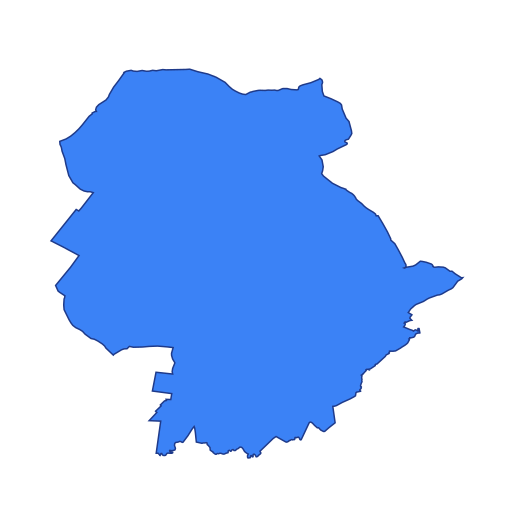 outline of Marghita, Bihor, Romania, rotated 353°
{"feature_id": "2599482B95989289587236", "entity_name": "Marghita", "entity_type": "district", "adm_level": 2, "iso_a3": "ROU", "parent_name": "Romania", "parent_adm1": "Bihor", "projection": "natural_earth1", "projection_center": [22.362, 47.382], "detail": "fine", "context": "isolated", "style": "filled", "palette": "blue", "viewbox_px": 512, "rotation_deg": 353, "n_neighbors": 0, "source": "geoboundaries", "source_scale": "gbopen_adm2", "svg_char_len": 6046}
<svg xmlns="http://www.w3.org/2000/svg" viewBox="0 0 512 512"><g transform="rotate(353 256 256)"><path d="M263.9,444.5L265.9,443.9L266.1,443.5L266.5,443.2L267.4,443.2L268.7,442.6L269.3,442.6L270.0,443.0L270.9,442.8L271.8,442.9L272.4,442.1L272.3,441.5L272.7,440.9L273.5,441.0L274.3,441.3L274.8,441.0L276.1,441.0L277.0,442.3L277.2,443.5L278.0,444.0L278.5,443.8L288.4,428.1L289.1,427.6L290.0,427.5L290.6,427.8L291.7,428.8L293.5,431.3L295.9,434.0L297.2,434.1L299.0,436.6L301.3,438.2L302.0,438.5L302.9,438.4L307.6,435.2L314.2,431.2L313.9,414.6L315.7,414.6L317.5,414.3L323.9,411.8L332.0,409.3L336.3,407.6L337.7,406.9L338.5,404.0L339.2,403.4L343.3,403.0L343.3,402.6L342.7,402.2L342.7,401.6L342.9,401.2L343.6,400.8L344.2,400.2L344.2,399.5L344.6,399.0L344.6,398.7L344.1,398.3L343.9,397.8L344.0,397.3L345.0,395.1L345.9,393.7L345.8,392.3L346.2,391.2L346.0,390.4L346.2,388.8L346.6,387.9L346.0,387.1L347.3,386.5L347.7,386.0L348.0,386.1L349.3,384.8L351.1,383.4L351.5,382.8L351.2,382.5L351.2,382.4L351.8,382.3L351.9,382.0L352.8,382.0L354.1,382.6L353.9,382.1L355.7,382.0L361.0,379.3L361.0,378.5L361.4,378.1L363.0,377.9L372.1,371.4L373.2,370.0L376.2,369.0L376.0,368.4L376.8,367.6L376.9,366.7L380.3,367.2L383.0,367.2L388.0,365.1L389.9,364.1L393.0,362.7L395.0,361.5L396.0,360.7L398.0,357.9L397.6,357.0L398.5,356.7L398.6,355.9L400.2,356.1L402.6,355.8L403.6,355.2L404.9,353.0L406.1,352.5L407.4,352.2L408.8,352.4L409.3,352.3L409.0,347.9L408.1,347.7L407.7,348.2L407.8,349.8L407.6,350.2L405.7,348.9L405.0,348.7L403.2,349.7L401.9,348.7L399.7,347.7L393.9,344.4L395.2,343.1L395.9,341.7L395.8,341.3L395.5,340.9L394.9,340.6L396.0,339.6L396.9,340.1L400.4,339.0L401.5,338.8L402.8,338.8L401.1,336.5L401.5,335.5L403.6,333.4L400.2,330.7L403.1,327.4L407.3,324.5L409.0,323.6L416.7,321.5L420.9,319.5L422.9,318.8L431.2,316.9L433.5,316.9L435.9,316.3L442.9,313.3L445.8,312.4L447.6,311.4L453.1,305.6L457.4,303.7L458.5,302.7L457.3,302.7L451.6,298.0L448.7,295.0L446.7,294.8L442.4,290.8L440.5,289.9L435.6,289.0L432.7,289.0L431.4,288.8L430.4,288.0L430.6,287.8L429.9,286.2L429.0,285.3L424.3,283.0L420.5,281.7L418.5,281.2L413.4,284.3L410.6,285.2L403.6,285.5L402.0,286.1L401.6,285.9L402.6,285.7L403.4,285.0L403.7,284.2L403.7,282.7L402.9,281.0L401.0,275.1L398.1,267.5L395.3,260.7L391.7,256.6L391.8,255.3L389.4,248.1L385.9,239.5L382.1,230.9L380.2,230.8L379.7,228.9L377.9,227.0L373.5,223.6L371.4,221.8L369.5,219.8L367.4,217.0L363.9,213.6L362.9,212.4L362.3,211.5L362.0,210.4L361.0,208.4L360.1,207.1L358.6,205.5L357.0,204.5L354.0,201.9L353.4,201.1L353.2,200.5L352.7,200.5L351.6,199.8L348.6,198.4L340.7,193.1L332.7,184.9L331.2,182.3L332.5,179.5L333.6,175.6L333.2,168.7L330.9,164.4L331.9,164.1L337.1,163.9L345.2,161.7L349.9,159.6L359.2,156.5L360.2,155.8L360.2,155.0L358.1,153.5L358.1,152.7L358.5,152.2L359.9,151.6L362.0,151.3L364.8,147.9L366.0,146.1L366.0,143.4L364.7,133.9L362.2,130.2L359.5,120.7L359.3,116.5L358.3,114.8L355.9,113.0L349.7,109.1L342.9,105.4L341.9,100.8L342.2,94.0L343.2,92.0L343.2,90.6L342.8,89.1L341.1,87.5L339.8,88.4L331.5,90.7L323.5,91.8L321.1,92.4L320.0,92.8L319.1,93.6L318.2,95.9L316.8,96.1L311.1,95.0L307.3,93.6L303.3,93.1L302.4,93.2L298.3,94.4L296.8,94.3L294.7,93.6L291.9,93.4L288.2,92.8L285.3,92.8L280.1,92.0L278.3,91.9L273.0,92.3L271.0,92.7L270.5,92.6L265.5,94.5L262.4,93.7L259.3,92.2L255.8,89.9L252.9,87.7L250.0,84.5L246.5,79.9L238.2,73.7L230.4,69.5L220.7,66.0L213.0,62.5L209.2,62.3L189.4,60.3L186.2,59.6L179.6,60.0L176.0,59.1L172.5,59.5L169.8,59.3L165.6,58.0L160.5,58.3L156.8,57.5L154.7,56.5L149.8,56.8L147.3,57.7L147.5,58.1L141.0,65.2L135.3,71.0L130.2,77.7L128.9,80.2L126.1,82.9L118.4,86.6L115.8,88.8L114.7,91.2L115.2,93.0L114.2,92.9L110.8,94.1L110.7,95.0L107.4,97.0L99.4,104.9L95.6,108.3L91.2,111.6L86.6,114.5L81.7,116.7L75.2,118.3L75.1,121.4L75.9,123.8L76.1,125.2L76.3,128.4L78.1,136.1L78.5,142.0L80.0,153.4L83.2,161.0L85.2,163.0L89.7,168.2L93.2,170.5L96.6,171.7L99.3,172.0L102.2,173.3L88.5,187.1L85.6,189.7L83.2,187.9L54.4,216.0L65.0,223.1L80.4,234.0L70.7,244.4L53.5,260.8L55.3,266.7L56.8,268.2L61.5,272.2L60.8,274.5L60.3,275.2L59.2,281.1L59.0,285.9L62.7,296.5L64.2,299.9L65.7,302.5L68.3,305.1L72.2,307.6L74.7,309.7L76.8,312.7L82.2,317.8L85.4,318.9L88.8,321.2L92.8,324.6L94.8,326.9L95.8,329.1L102.3,337.0L103.0,336.3L111.1,332.7L113.7,332.1L116.7,332.3L119.3,330.3L123.2,331.6L132.4,332.5L138.8,332.7L147.3,333.4L156.9,335.4L162.6,336.8L160.3,342.3L160.1,344.3L160.7,348.1L162.4,351.9L162.3,352.5L159.6,357.4L158.7,360.5L158.9,363.0L142.6,359.2L136.7,377.4L155.6,382.3L153.9,388.1L149.3,387.3L149.5,388.5L147.5,388.7L142.9,392.2L143.6,393.2L137.4,397.8L138.5,399.2L129.9,406.4L141.3,408.3L132.9,439.6L134.7,439.8L135.1,440.3L136.1,441.6L136.2,442.1L136.5,442.3L136.9,441.7L137.5,440.5L138.4,440.5L138.8,441.8L139.5,442.6L140.9,442.9L142.0,442.8L143.5,441.1L144.6,440.9L146.7,441.3L148.4,441.5L149.2,441.3L149.4,441.0L149.4,440.7L148.0,440.4L147.2,440.1L146.7,439.4L146.5,438.8L146.8,438.4L148.9,439.0L151.1,438.8L152.0,438.5L152.6,437.0L152.0,434.2L152.5,432.1L153.6,431.3L155.9,431.2L157.8,430.7L158.8,431.1L160.1,432.0L160.9,431.9L166.5,426.1L171.4,420.1L173.8,417.7L174.2,419.4L174.3,423.9L174.1,433.4L179.5,435.3L180.9,435.1L182.3,435.3L183.8,435.2L184.6,435.6L184.6,437.1L184.8,437.5L185.5,438.1L187.0,440.5L186.9,443.1L188.5,444.6L189.3,445.0L189.4,445.8L191.3,447.6L191.9,447.9L192.5,447.9L193.4,447.3L194.8,447.7L195.9,447.4L197.0,447.5L199.0,448.5L200.0,448.7L200.9,448.6L201.7,448.2L204.3,447.8L204.7,446.0L205.8,445.6L207.0,446.7L207.6,446.6L208.7,445.4L209.7,445.3L210.5,446.4L211.9,446.5L213.3,445.4L214.7,445.0L216.6,443.8L217.4,443.8L218.3,444.1L219.0,444.8L219.9,446.4L220.6,448.2L221.3,449.2L223.4,451.2L224.2,451.6L223.2,453.3L223.1,454.6L223.2,455.2L223.5,455.5L225.6,455.5L226.0,454.9L226.3,453.7L226.7,453.5L227.2,453.6L227.9,454.9L228.5,454.9L228.8,454.2L228.8,453.0L229.2,452.5L230.1,452.5L231.0,453.5L231.7,455.3L232.3,455.4L233.2,455.1L234.5,454.0L236.0,453.1L236.6,452.6L236.8,451.9L236.2,450.6L236.2,450.2L236.4,449.9L236.9,449.7L250.7,439.3L253.9,437.6L262.9,444.2L263.9,444.5Z" fill="#3b82f6" stroke="#1e3a8a" stroke-width="1.5"/></g></svg>